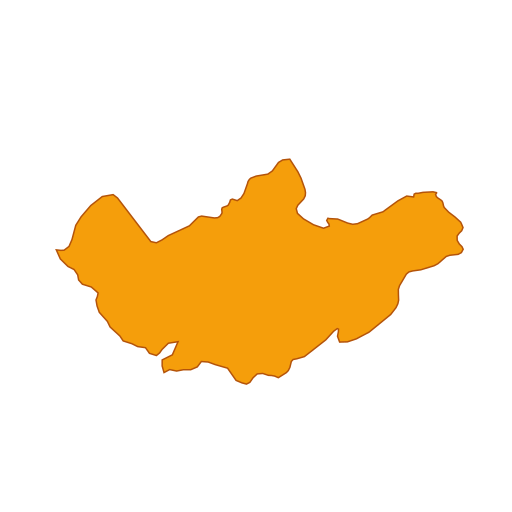 the border of Kakheti, rotated 301°
{"feature_id": "GEO-3033", "entity_name": "Kakheti", "entity_type": "Region", "adm_level": 1, "iso_a3": "GEO", "parent_name": "Georgia", "parent_adm1": "", "projection": "equal_earth", "projection_center": [45.882, 41.802], "detail": "fine", "context": "isolated", "style": "filled", "palette": "amber", "viewbox_px": 512, "rotation_deg": 301, "n_neighbors": 0, "source": "natural_earth", "source_scale": "10m", "svg_char_len": 2451}
<svg xmlns="http://www.w3.org/2000/svg" viewBox="0 0 512 512"><g transform="rotate(301 256 256)"><path d="M158.4,81.7L160.3,85.8L162.1,88.5L167.9,90.8L175.3,89.8L189.5,85.7L199.5,85.9L214.2,88.4L227.8,93.6L235.0,101.9L235.0,102.1L234.4,107.4L214.2,158.4L216.0,163.8L221.3,167.1L228.3,170.3L247.6,183.4L259.8,186.5L262.2,188.8L267.2,200.8L269.1,203.4L271.4,204.6L274.7,204.8L276.0,204.4L278.3,202.6L279.8,202.2L280.9,202.8L283.9,205.3L285.3,206.0L288.5,205.8L290.9,205.2L292.6,206.4L293.8,211.4L298.0,213.3L303.4,213.5L313.7,211.4L313.8,211.4L315.3,210.9L316.8,210.8L318.3,210.9L320.0,211.4L324.6,215.0L332.3,224.0L337.3,226.2L347.8,227.1L352.1,229.4L356.4,235.1L349.7,248.6L345.9,254.5L338.4,263.6L335.8,265.8L333.0,267.2L329.4,267.5L321.1,265.7L317.3,266.1L313.9,269.6L312.3,277.5L312.4,289.2L314.6,299.6L319.4,303.4L320.9,302.2L321.8,300.1L322.9,298.3L325.4,298.2L325.8,299.5L329.7,306.9L330.0,308.5L331.4,317.5L333.0,322.6L336.0,326.4L345.2,332.7L347.3,333.6L350.9,334.5L359.2,342.0L376.3,349.2L385.0,354.3L387.8,360.7L390.5,359.7L391.8,360.5L392.0,360.6L393.2,362.6L396.6,366.4L402.2,374.7L403.3,378.1L402.8,378.4L401.3,378.2L399.8,380.0L399.4,381.8L399.2,385.8L398.9,387.3L397.8,388.8L395.5,391.0L394.5,392.4L392.8,398.6L391.9,406.6L390.4,414.0L389.5,415.4L387.0,418.8L383.6,419.3L380.2,418.4L376.7,418.1L373.0,420.4L371.0,424.1L370.1,427.7L368.5,430.1L364.7,430.3L361.5,428.4L356.5,421.8L353.6,419.3L343.1,415.9L339.4,413.7L329.0,404.3L323.9,398.0L321.1,395.3L317.9,394.2L304.6,394.3L300.7,395.2L296.2,398.0L291.6,401.0L288.1,402.2L283.8,402.6L275.3,401.6L249.1,392.2L240.2,386.8L236.8,384.8L229.5,378.6L225.3,372.0L229.2,367.2L233.3,365.7L235.8,364.4L235.6,363.0L231.5,361.3L220.0,359.0L194.7,349.3L188.9,343.9L186.4,341.1L183.8,340.6L178.0,342.4L174.4,342.7L171.7,342.1L163.2,337.8L162.7,333.9L161.6,330.9L160.1,328.1L158.8,322.3L155.6,317.8L150.1,316.2L144.5,315.8L141.3,313.8L140.0,309.3L139.1,303.0L145.2,289.4L141.9,277.0L140.5,269.6L137.4,263.5L130.7,262.8L124.9,258.6L121.1,252.3L116.5,247.2L114.2,240.5L108.7,237.2L113.4,232.2L118.6,229.1L128.2,235.2L142.4,233.3L136.1,225.8L127.5,223.6L123.3,223.3L119.4,221.9L117.7,214.8L120.5,208.5L117.4,201.2L116.9,194.8L114.8,185.9L117.3,180.6L120.0,167.5L123.4,162.3L127.0,150.7L131.3,145.5L135.9,141.5L139.5,140.9L143.0,139.7L144.6,130.8L142.4,121.7L144.1,116.3L148.0,112.9L150.7,107.1L150.2,100.2L152.7,89.8L158.4,81.7L158.4,81.7Z" fill="#f59e0b" stroke="#b45309" stroke-width="1.5"/></g></svg>